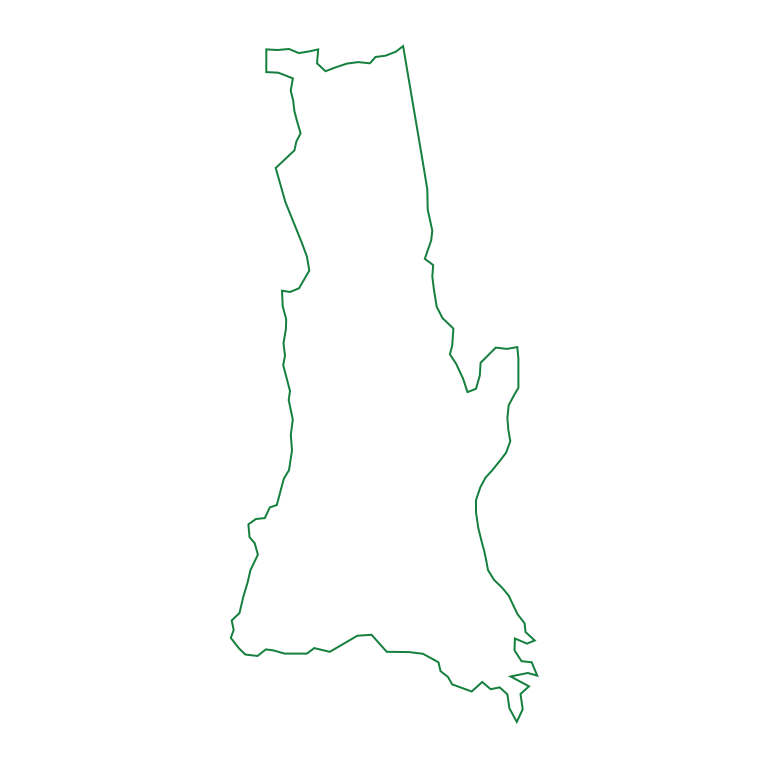 Portão, Rio Grande do Sul, Brazil
{"feature_id": "56859067B47058469819557", "entity_name": "Portão", "entity_type": "district", "adm_level": 2, "iso_a3": "BRA", "parent_name": "Brazil", "parent_adm1": "Rio Grande do Sul", "projection": "natural_earth1", "projection_center": [-51.245, -29.693], "detail": "fine", "context": "isolated", "style": "outline", "palette": "green", "viewbox_px": 768, "rotation_deg": 0, "n_neighbors": 0, "source": "geoboundaries", "source_scale": "gbopen_adm2", "svg_char_len": 1895}
<svg xmlns="http://www.w3.org/2000/svg" viewBox="0 0 768 768"><path d="M230.8,637.9L239.0,648.4L245.3,654.5L257.4,656.0L265.9,649.4L273.0,650.3L284.7,653.6L306.9,653.6L314.2,648.1L329.8,651.8L357.4,635.7L371.6,634.8L386.7,651.8L409.4,652.1L423.0,653.8L438.5,662.3L440.5,671.1L447.9,676.9L452.2,684.4L471.7,691.5L482.2,682.0L490.7,689.2L499.7,687.4L507.4,694.4L509.4,708.3L516.8,721.9L522.7,709.2L520.5,694.0L529.0,686.3L510.6,676.5L527.7,673.0L537.2,675.6L531.7,662.3L521.5,661.2L514.5,650.3L514.9,638.5L527.0,643.6L534.7,640.5L525.5,632.0L524.6,623.3L517.6,614.3L513.3,605.4L508.8,595.8L502.1,587.7L493.9,579.7L488.0,570.1L486.2,560.3L484.2,550.9L481.5,541.0L478.3,528.0L476.0,512.3L476.0,500.1L480.3,487.4L485.4,477.8L492.3,470.2L500.6,459.9L506.1,452.7L510.3,441.2L508.3,429.6L507.4,418.2L508.7,405.2L513.4,396.4L518.4,387.7L518.4,358.5L517.3,347.1L506.8,348.9L495.8,347.6L480.6,362.8L479.8,375.5L476.0,388.8L467.5,392.1L463.1,378.8L456.1,363.7L449.9,354.3L452.2,345.6L453.4,328.6L442.5,318.1L436.7,306.8L433.8,288.7L432.3,276.3L433.2,265.1L424.8,258.8L431.2,240.3L432.3,230.6L427.7,209.5L427.3,189.2L421.5,154.3L403.1,46.1L395.7,51.8L385.5,55.7L375.5,57.0L369.9,63.3L358.2,62.1L346.9,63.6L335.7,67.3L325.5,71.2L317.0,63.3L318.2,49.4L309.6,51.3L298.9,53.1L288.9,49.0L277.7,50.0L266.3,49.4L266.3,72.1L278.3,72.7L292.9,78.4L290.7,90.6L293.2,100.7L294.4,111.1L297.1,121.4L300.6,133.4L296.4,141.4L294.4,150.4L275.7,168.0L285.4,202.1L301.8,242.7L306.9,256.6L309.3,270.6L299.0,288.3L290.0,292.0L282.0,290.7L282.7,306.3L286.2,319.2L285.9,329.0L283.5,343.2L285.0,355.9L283.2,365.0L290.0,391.0L288.7,400.1L292.8,419.6L290.8,434.8L292.0,450.5L289.0,470.2L283.8,478.7L276.8,505.0L269.8,507.4L264.8,518.1L255.9,519.0L248.4,524.3L249.5,537.1L254.7,543.2L257.9,554.6L250.4,570.3L247.7,582.1L243.4,596.4L239.5,613.0L231.7,620.5L233.7,630.0L230.8,637.9Z" fill="none" stroke="#15803d" stroke-width="2"/></svg>